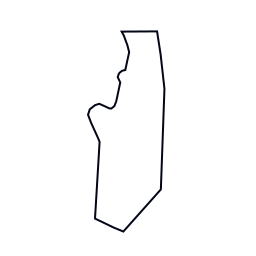 Ravine Touterelle, Castries, Saint Lucia (orthographic projection), rotated 327°
{"feature_id": "8701671B77761135281215", "entity_name": "Ravine Touterelle", "entity_type": "district", "adm_level": 2, "iso_a3": "LCA", "parent_name": "Saint Lucia", "parent_adm1": "Castries", "projection": "orthographic", "projection_center": [-60.988, 14.003], "detail": "fine", "context": "isolated", "style": "outline", "palette": "ink", "viewbox_px": 256, "rotation_deg": 327, "n_neighbors": 0, "source": "geoboundaries", "source_scale": "gbopen_adm2", "svg_char_len": 534}
<svg xmlns="http://www.w3.org/2000/svg" viewBox="0 0 256 256"><g transform="rotate(327 128 128)"><path d="M175.2,43.7L174.8,48.5L173.9,52.3L172.6,58.1L170.3,65.0L157.3,77.9L155.1,77.1L154.1,76.8L150.9,77.1L149.3,77.9L147.1,79.7L146.3,85.6L132.7,99.2L128.5,102.2L124.6,102.6L123.0,101.3L120.5,97.3L117.1,92.1L112.9,90.9L106.1,91.5L105.4,92.1L101.7,95.1L99.9,103.5L97.3,120.7L96.6,124.2L51.0,186.0L61.7,203.6L67.7,212.3L122.1,197.4L179.9,115.0L195.4,84.1L205.0,62.8L175.2,43.7Z" fill="none" stroke="#020617" stroke-width="2"/></g></svg>